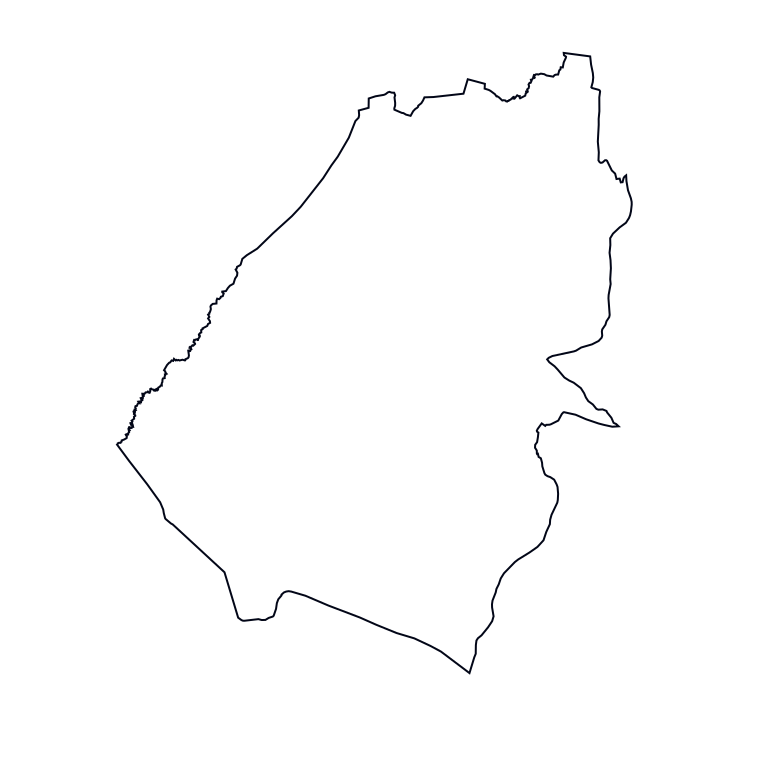 Khok Sung, Sa Kaeo, Thailand (orthographic projection), rotated 81°
{"feature_id": "78962969B84057693525228", "entity_name": "Khok Sung", "entity_type": "district", "adm_level": 2, "iso_a3": "THA", "parent_name": "Thailand", "parent_adm1": "Sa Kaeo", "projection": "orthographic", "projection_center": [102.618, 13.842], "detail": "fine", "context": "isolated", "style": "outline", "palette": "ink", "viewbox_px": 768, "rotation_deg": 81, "n_neighbors": 0, "source": "geoboundaries", "source_scale": "gbopen_adm2", "svg_char_len": 6148}
<svg xmlns="http://www.w3.org/2000/svg" viewBox="0 0 768 768"><g transform="rotate(81 384 384)"><path d="M402.2,657.1L420.1,647.8L446.1,633.5L465.8,623.6L473.5,621.7L477.0,621.7L482.3,621.2L483.2,620.8L488.5,616.2L489.6,614.7L545.0,571.0L592.0,564.6L594.9,561.7L595.7,560.4L596.0,558.9L596.6,544.8L597.9,541.9L598.5,538.1L597.0,534.5L596.3,530.2L595.6,529.2L589.2,525.8L583.7,524.1L580.1,522.1L576.8,518.3L576.0,518.2L574.2,515.4L573.7,513.1L573.7,510.6L574.5,508.1L580.8,494.8L594.1,473.6L610.9,444.3L620.6,429.3L631.9,410.6L640.0,393.8L649.9,379.2L657.2,369.6L682.9,344.8L668.1,337.6L664.8,335.6L656.2,334.1L651.8,332.8L649.8,331.0L647.5,327.0L640.6,319.3L635.2,314.3L630.6,312.1L621.6,312.2L618.5,311.8L614.9,310.7L607.4,306.3L604.0,305.0L599.8,302.0L594.3,299.1L589.7,295.1L580.4,282.7L578.3,278.9L573.2,266.7L568.9,257.9L563.3,250.9L555.4,246.8L548.4,242.1L544.0,241.1L539.4,239.0L528.3,231.4L525.8,230.5L519.7,229.2L512.8,228.7L510.2,229.2L505.1,230.9L502.0,234.3L500.6,236.9L498.8,238.9L497.1,239.5L490.1,240.5L486.5,240.2L481.9,240.7L480.2,242.7L477.0,242.9L477.2,243.7L476.7,243.9L473.6,243.5L470.6,244.8L467.7,244.2L465.4,241.9L460.6,240.3L456.1,239.1L455.1,240.2L454.1,240.4L452.5,239.3L447.6,234.4L450.6,231.3L449.7,230.2L450.1,227.0L449.9,225.5L447.4,217.6L441.5,213.1L440.1,211.3L440.0,210.6L444.3,199.6L450.5,189.8L456.6,178.2L458.9,172.9L461.9,165.2L462.5,158.9L459.9,160.9L458.3,163.3L452.9,164.7L447.0,168.1L445.4,168.5L443.3,172.0L442.9,176.3L441.8,178.1L436.9,180.9L432.9,184.9L428.9,186.7L424.4,187.8L418.9,190.2L412.4,196.4L409.6,200.5L405.8,204.8L396.9,210.2L393.1,212.8L388.4,217.3L385.2,219.0L383.9,217.2L382.7,213.3L381.5,191.3L381.1,189.1L378.8,183.5L377.4,172.4L375.1,165.3L372.3,161.8L370.4,160.9L366.2,160.6L364.2,159.9L360.1,156.0L356.9,154.5L353.2,151.1L351.1,150.3L334.5,148.9L331.2,148.2L320.7,144.5L316.0,144.2L305.2,141.8L297.2,140.9L289.7,140.7L282.2,138.7L275.4,137.8L271.3,134.3L266.2,126.8L262.6,119.8L258.3,116.0L255.7,114.5L252.2,113.1L245.7,111.3L242.9,110.9L239.2,111.1L230.8,112.7L221.5,112.8L215.8,112.2L216.8,114.0L218.2,115.2L222.0,116.8L221.9,118.6L218.0,119.1L217.9,122.3L212.4,122.8L208.7,125.6L198.4,128.8L197.7,129.6L197.6,130.7L199.4,133.5L199.5,135.2L198.7,136.3L196.7,137.2L188.8,135.6L178.1,134.9L161.7,131.4L155.7,130.5L148.3,128.6L134.5,126.5L128.9,124.8L127.9,125.0L127.1,125.8L124.2,132.2L123.4,132.8L118.5,130.6L114.0,129.4L109.6,129.1L100.9,129.5L92.7,129.1L85.1,154.7L87.4,154.8L89.2,153.0L90.2,153.3L94.5,156.2L99.3,157.9L98.8,159.9L101.0,160.6L101.6,161.8L105.6,163.6L105.3,165.7L105.6,167.2L106.9,168.8L104.7,175.2L103.1,177.2L102.0,180.5L102.5,183.3L102.0,184.3L102.0,185.8L102.5,186.4L102.2,187.5L103.5,188.2L104.3,187.3L105.0,187.2L105.3,187.7L104.7,188.7L106.6,190.1L106.5,191.3L108.1,191.1L109.5,192.1L109.3,193.1L110.8,194.4L112.5,194.1L114.5,194.9L115.4,196.5L117.0,196.3L117.3,197.9L117.9,197.9L118.3,197.1L119.2,198.6L121.3,199.4L123.1,204.9L122.5,205.2L120.9,204.9L120.8,205.9L119.7,207.3L122.6,210.5L122.4,211.3L121.3,210.7L120.7,210.9L120.7,211.3L123.0,214.6L123.2,216.0L123.9,216.6L123.8,217.6L124.3,218.2L123.9,219.2L123.0,219.7L122.4,221.6L122.5,222.8L118.9,225.6L117.4,227.3L117.5,227.9L115.1,229.1L111.1,233.0L109.9,234.6L108.0,238.4L103.3,237.4L96.1,253.6L109.7,260.1L108.3,290.3L107.2,299.2L110.1,301.1L112.5,303.2L114.5,306.7L115.5,306.9L116.4,308.1L117.2,310.0L119.1,312.5L123.3,315.8L121.4,320.1L119.5,322.4L119.0,324.0L114.7,330.8L113.3,330.7L110.9,329.5L108.2,329.0L102.6,328.8L100.6,327.8L97.9,328.4L97.4,330.9L96.3,332.9L96.6,334.6L98.0,337.2L98.4,339.0L98.5,347.4L99.6,354.4L108.8,356.0L109.9,366.1L114.6,366.5L117.0,367.4L119.8,371.1L135.2,380.2L152.2,394.1L159.9,401.8L171.2,411.9L195.9,438.5L203.8,448.7L217.8,470.1L230.5,488.1L235.3,499.3L238.2,504.3L243.6,506.9L244.2,507.7L245.3,510.8L247.0,511.5L247.7,512.6L251.2,511.4L254.0,512.2L256.6,514.6L261.4,517.0L262.8,520.8L264.8,523.2L267.5,525.6L267.4,529.3L268.1,529.4L269.6,528.2L272.0,529.5L272.3,531.5L273.3,532.0L274.4,533.6L273.6,535.4L275.2,536.3L278.3,536.9L278.1,540.7L279.4,542.7L280.4,543.3L282.9,543.3L284.5,544.0L285.9,544.8L286.2,545.4L287.3,545.5L287.9,546.9L290.4,546.0L291.7,547.5L294.7,546.1L296.4,546.2L297.2,548.4L299.0,549.5L300.7,554.5L301.4,554.5L302.2,556.2L304.5,556.4L304.8,557.5L306.1,559.1L307.2,559.1L307.4,558.4L308.3,558.5L310.6,560.6L311.4,560.8L311.4,561.2L310.5,561.4L310.7,563.6L311.3,564.0L310.9,564.7L312.7,565.6L314.4,564.3L314.9,564.3L316.3,566.4L315.8,567.2L317.1,568.6L316.9,569.7L317.2,570.2L317.9,570.4L318.2,569.2L319.6,568.8L320.2,570.0L321.1,570.3L321.2,571.0L320.4,571.5L320.4,572.1L325.3,572.2L327.1,572.9L327.8,573.7L328.5,576.3L329.5,576.6L329.6,576.9L328.5,579.2L328.8,582.3L328.1,583.2L328.3,584.6L327.7,585.2L328.1,586.1L326.3,587.5L328.2,588.6L327.5,590.1L329.2,591.8L329.4,592.9L331.3,595.3L336.0,599.1L337.3,598.1L338.4,598.1L339.9,597.2L340.2,598.9L341.4,598.8L342.1,599.5L343.9,599.7L343.9,601.4L344.7,602.0L347.4,602.6L348.5,603.4L350.8,603.7L350.5,604.8L351.5,605.6L352.3,607.6L354.2,608.0L354.9,609.0L354.8,609.5L353.7,609.1L353.3,609.4L353.8,610.8L354.6,610.6L354.9,611.1L354.4,612.3L353.6,612.4L352.7,614.4L352.1,614.8L352.4,615.7L354.5,616.0L356.0,616.8L356.0,617.3L354.5,618.4L355.2,619.4L355.0,620.8L356.2,622.0L355.8,624.2L357.1,624.2L356.9,623.0L358.3,623.1L358.7,624.1L360.1,624.4L359.7,625.3L359.9,626.5L360.6,626.3L360.6,625.6L361.4,625.1L362.2,625.2L362.4,626.4L363.9,626.8L363.0,628.4L363.0,629.4L364.8,628.6L364.6,629.7L365.5,630.7L366.9,631.4L367.0,632.9L368.1,633.4L369.3,633.0L370.0,633.8L371.0,633.2L371.3,633.9L370.7,634.6L371.4,634.9L371.9,635.7L372.8,635.6L372.8,634.4L373.6,634.6L374.0,635.5L374.6,635.7L375.9,634.6L376.5,634.6L377.3,636.1L379.2,636.2L380.7,639.0L381.8,638.4L382.6,639.1L383.6,638.9L382.9,640.0L383.0,640.6L384.8,640.2L385.5,638.6L387.0,638.5L386.7,639.4L387.9,640.0L388.0,642.0L386.8,641.9L386.7,642.5L388.4,643.5L390.1,642.5L390.4,643.4L391.8,643.3L392.7,644.5L393.9,644.6L394.1,645.4L393.3,646.3L393.6,647.0L395.8,646.2L397.2,646.7L398.2,649.4L398.7,651.9L399.9,652.2L400.3,653.0L400.9,653.4L400.6,655.0L401.0,656.3L402.0,656.6L402.2,657.1Z" fill="none" stroke="#020617" stroke-width="2"/></g></svg>